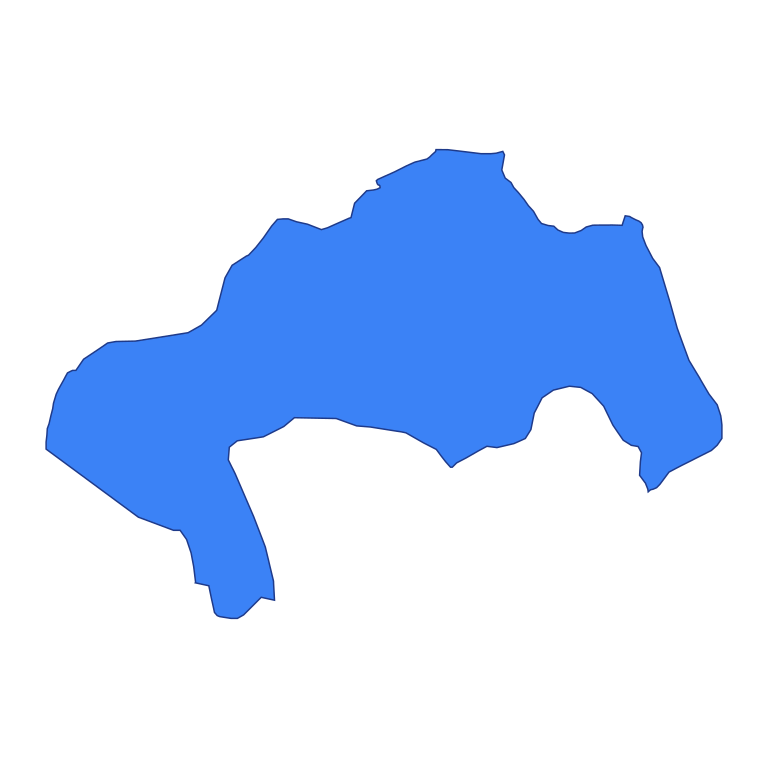 the district of As Sukhnah, Al Hudaydah, Yemen
{"feature_id": "15242507B99708697665736", "entity_name": "As Sukhnah", "entity_type": "district", "adm_level": 2, "iso_a3": "YEM", "parent_name": "Yemen", "parent_adm1": "Al Hudaydah", "projection": "robinson", "projection_center": [43.357, 14.746], "detail": "fine", "context": "isolated", "style": "filled", "palette": "blue", "viewbox_px": 768, "rotation_deg": 0, "n_neighbors": 0, "source": "geoboundaries", "source_scale": "gbopen_adm2", "svg_char_len": 3244}
<svg xmlns="http://www.w3.org/2000/svg" viewBox="0 0 768 768"><path d="M502.8,151.4L496.2,153.2L490.8,153.7L481.1,153.7L459.8,151.1L447.7,149.7L436.0,149.6L435.6,151.5L431.8,154.9L429.7,157.0L427.0,159.0L415.3,162.0L414.2,162.4L406.6,165.8L394.5,171.9L385.1,176.1L377.6,179.5L376.3,180.8L377.3,183.8L378.3,185.0L379.4,185.2L379.9,185.9L380.1,187.7L377.0,189.2L373.4,190.0L366.6,190.8L364.9,192.6L355.6,202.2L354.7,203.1L354.7,203.3L354.5,203.6L351.0,217.6L348.6,218.4L347.8,218.8L335.7,224.1L327.7,227.7L325.8,228.3L321.4,229.6L307.5,224.2L296.6,221.8L288.3,218.9L282.9,218.9L277.4,219.4L271.6,226.1L263.3,238.0L255.7,247.6L248.5,255.2L246.3,256.1L246.0,256.3L244.8,257.1L240.9,259.6L232.1,265.3L230.8,267.6L225.1,277.7L224.6,279.5L219.0,301.2L216.7,310.3L201.5,325.1L188.1,332.7L135.3,341.1L116.0,341.5L107.6,343.0L99.8,348.4L83.6,359.2L75.9,370.4L72.6,370.4L70.6,371.3L67.5,372.9L65.6,376.3L63.5,380.3L62.2,382.6L58.5,389.3L56.2,394.2L53.5,403.2L52.7,408.7L50.9,415.7L49.1,423.6L47.3,428.6L46.9,435.1L46.1,442.0L46.1,448.5L46.1,449.1L138.4,517.2L173.5,530.3L180.1,530.3L180.4,530.7L186.6,539.5L191.1,552.9L193.7,566.7L195.6,582.3L195.3,582.8L208.1,585.6L208.8,585.7L211.4,598.3L213.5,607.8L214.5,612.5L215.6,613.7L217.1,615.5L218.4,616.1L219.7,616.6L223.4,617.2L231.1,618.4L237.4,618.4L243.6,614.9L261.2,597.3L263.0,597.7L264.3,598.0L273.1,599.9L274.5,600.2L273.6,583.9L273.5,581.1L269.5,564.5L268.6,560.6L265.3,547.0L261.7,537.5L253.7,516.7L246.7,500.5L235.2,473.8L233.3,469.9L231.9,467.2L228.3,459.9L228.4,458.6L229.3,447.2L231.9,445.1L237.3,440.8L257.1,437.8L263.4,436.8L265.8,435.6L279.9,428.5L283.8,426.5L294.4,417.7L336.2,418.5L338.7,419.4L345.6,421.9L353.1,424.6L356.4,425.8L356.7,425.9L370.4,427.0L377.3,428.1L396.9,431.2L401.1,431.8L405.9,432.8L423.6,442.9L436.3,449.4L441.5,456.4L445.7,461.8L450.5,467.2L452.3,467.2L456.6,462.9L466.0,458.0L478.2,451.0L486.9,446.3L496.3,447.5L496.9,447.6L513.9,443.6L517.8,441.9L525.3,438.5L525.5,438.2L530.9,429.6L534.1,413.7L534.2,413.1L537.5,406.8L542.1,397.8L550.2,392.3L553.4,390.1L566.9,386.8L569.4,386.2L580.8,387.4L583.5,388.9L592.2,393.6L603.7,406.2L607.8,414.7L608.2,415.4L608.5,416.1L612.9,425.1L618.1,432.8L619.3,434.5L620.6,436.4L623.2,440.2L630.4,444.7L631.2,445.3L638.1,446.5L641.5,452.8L640.4,461.6L639.6,475.3L645.0,482.6L645.3,482.8L647.8,489.1L648.2,491.8L650.5,489.8L653.1,489.2L656.6,487.7L660.0,484.2L669.0,472.1L676.3,468.2L676.9,467.9L681.9,465.3L692.5,460.0L694.6,458.9L711.3,450.5L712.7,449.3L717.2,445.2L721.9,438.4L721.9,433.1L721.9,425.0L721.4,420.6L720.7,415.6L717.2,404.8L709.0,394.1L707.1,390.9L700.5,379.6L699.6,377.9L696.0,372.0L689.0,360.4L681.9,341.1L677.2,328.1L670.1,302.6L660.9,272.0L659.6,267.6L652.7,258.4L646.0,245.5L642.7,236.9L642.1,231.5L642.6,228.6L642.7,228.3L642.7,228.2L643.0,227.3L642.5,225.0L641.1,222.7L638.9,221.1L636.0,219.9L633.2,218.5L631.1,217.4L629.7,216.5L625.2,215.8L622.1,225.3L611.4,225.0L608.4,225.1L604.8,225.1L600.1,225.1L592.8,225.2L586.2,227.0L581.2,230.5L574.6,233.0L569.2,233.1L563.3,232.4L557.9,230.0L553.8,226.2L548.1,225.5L541.5,223.5L538.0,219.3L533.5,211.3L528.4,205.7L524.0,199.4L518.3,192.5L513.8,187.6L511.0,182.5L505.2,178.1L501.8,170.0L504.5,154.9L502.8,151.4Z" fill="#3b82f6" stroke="#1e3a8a" stroke-width="1.5"/></svg>